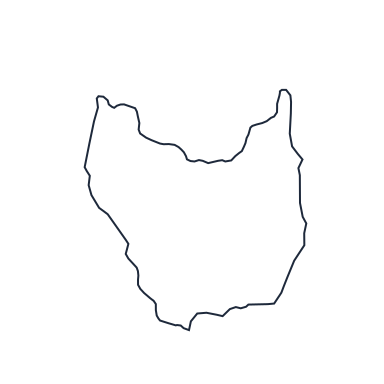 Boganangone, Lobaye, Central African Republic, rotated 203°
{"feature_id": "33826404B50242901211322", "entity_name": "Boganangone", "entity_type": "district", "adm_level": 2, "iso_a3": "CAF", "parent_name": "Central African Republic", "parent_adm1": "Lobaye", "projection": "natural_earth1", "projection_center": [17.185, 4.689], "detail": "fine", "context": "isolated", "style": "outline", "palette": "slate", "viewbox_px": 384, "rotation_deg": 203, "n_neighbors": 0, "source": "geoboundaries", "source_scale": "gbopen_adm2", "svg_char_len": 1696}
<svg xmlns="http://www.w3.org/2000/svg" viewBox="0 0 384 384"><g transform="rotate(203 192 192)"><path d="M315.5,243.6L316.2,240.9L311.6,233.1L309.8,218.7L305.4,196.5L300.5,172.9L297.1,170.2L292.4,167.0L289.8,157.9L283.3,149.8L271.3,141.1L260.9,138.6L234.0,121.9L230.3,119.4L229.6,114.7L228.8,109.1L224.6,105.9L213.4,100.8L210.9,98.1L208.7,94.1L207.4,90.1L205.4,85.5L201.7,82.6L196.6,80.3L189.0,77.9L184.7,76.8L181.5,74.7L179.1,69.1L176.2,64.5L173.4,62.4L171.2,61.2L166.9,61.6L161.7,62.1L159.3,62.4L154.8,62.9L153.8,63.7L150.2,64.7L146.5,63.4L140.8,63.7L142.5,72.5L139.7,82.2L131.5,86.5L121.1,88.7L115.3,89.7L111.4,99.0L106.7,103.2L101.7,104.0L97.4,107.5L96.1,110.4L87.7,114.2L78.4,118.4L72.8,121.4L70.4,134.2L70.7,141.9L70.9,150.4L71.1,168.7L67.8,186.9L72.6,197.9L74.5,207.7L80.4,212.4L88.3,224.1L99.3,249.6L103.4,255.6L103.0,265.1L109.5,268.4L117.7,273.1L124.8,283.9L131.7,302.9L136.0,313.6L139.2,319.4L145.3,322.8L149.2,321.1L150.4,319.0L149.8,317.6L149.2,314.9L148.1,306.4L146.6,302.9L144.9,298.6L145.9,293.6L148.3,291.1L150.9,286.4L154.3,282.9L158.9,279.4L162.3,276.4L163.4,274.1L162.8,269.4L162.5,266.9L162.8,262.9L161.9,257.9L161.9,253.9L162.1,249.1L163.8,246.4L166.2,241.9L168.2,236.4L173.3,233.1L176.6,233.1L180.2,230.9L188.4,224.9L191.7,224.9L194.3,224.9L198.1,224.1L201.6,221.1L205.5,219.9L209.4,220.1L211.5,222.6L215.0,225.4L218.4,226.9L221.9,228.1L226.4,228.6L232.0,227.1L236.8,224.9L240.4,224.1L249.5,223.9L255.5,224.1L262.6,225.6L265.5,228.6L267.4,234.9L271.5,240.6L274.1,244.4L277.1,246.9L281.6,246.6L284.4,246.4L288.8,246.1L292.0,244.6L294.8,242.1L296.5,239.1L298.9,239.1L302.8,240.1L305.4,243.4L310.8,245.1L315.5,243.6Z" fill="none" stroke="#1e293b" stroke-width="2"/></g></svg>